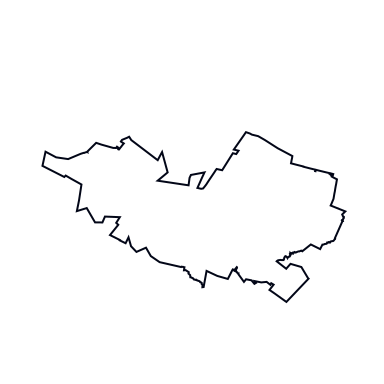 outline of Villa de Guadalupe, San Luis Potosí, Mexico, rotated 297°
{"feature_id": "50627088B59646352587230", "entity_name": "Villa de Guadalupe", "entity_type": "district", "adm_level": 2, "iso_a3": "MEX", "parent_name": "Mexico", "parent_adm1": "San Luis Potosí", "projection": "natural_earth1", "projection_center": [-100.683, 23.271], "detail": "fine", "context": "isolated", "style": "outline", "palette": "ink", "viewbox_px": 384, "rotation_deg": 297, "n_neighbors": 0, "source": "geoboundaries", "source_scale": "gbopen_adm2", "svg_char_len": 5106}
<svg xmlns="http://www.w3.org/2000/svg" viewBox="0 0 384 384"><g transform="rotate(297 192 192)"><path d="M270.4,217.0L269.8,212.9L265.9,212.4L248.8,210.0L249.9,214.7L249.2,214.6L248.0,214.5L246.7,214.3L245.9,214.2L245.1,210.8L225.1,209.0L223.7,203.5L221.9,203.2L219.7,203.0L210.9,201.9L207.2,201.5L205.1,201.3L204.7,201.2L203.5,201.0L200.2,200.3L199.0,198.7L198.1,195.0L205.9,194.6L209.8,194.4L213.3,194.3L214.9,194.2L215.1,194.2L206.7,183.3L203.5,183.4L196.4,185.9L187.2,158.4L186.5,156.3L198.4,161.4L214.0,147.2L210.7,147.1L204.8,147.0L205.2,144.7L210.7,114.3L212.2,111.8L212.7,110.9L211.0,109.7L206.7,106.0L204.7,105.7L204.6,106.0L204.4,108.3L204.3,109.2L203.5,109.0L203.0,108.9L201.3,108.5L200.3,108.4L199.6,108.2L199.3,108.1L198.6,108.0L198.1,107.9L197.7,107.8L197.3,107.8L196.7,107.6L196.6,106.9L197.0,106.7L197.2,105.9L198.1,105.9L198.3,104.6L197.6,104.5L196.7,104.3L196.1,103.0L195.5,101.8L193.6,92.3L193.1,89.8L192.3,84.3L180.8,80.5L180.7,80.6L180.2,80.4L180.1,80.5L180.1,80.4L179.8,80.3L179.7,80.1L179.5,79.7L179.1,79.3L178.4,78.6L177.8,78.1L177.7,77.7L175.4,75.4L165.1,66.7L161.2,55.2L161.4,43.2L147.4,46.9L147.4,51.5L147.4,71.4L149.3,72.0L148.9,79.1L148.9,79.3L148.5,90.1L133.4,95.1L122.7,98.1L129.9,105.5L120.9,119.4L124.2,126.0L130.6,125.6L136.8,139.1L130.1,138.5L129.3,141.2L116.4,138.5L116.5,149.6L116.1,149.6L116.2,156.1L122.8,156.0L116.0,162.3L113.4,169.7L121.5,176.3L116.2,184.4L114.8,195.0L117.5,205.7L120.2,216.4L120.8,216.7L120.9,217.3L121.3,218.2L121.2,218.7L121.5,219.4L118.6,220.4L119.5,221.8L119.1,225.5L117.7,225.9L117.1,228.1L115.3,229.2L115.6,229.8L115.4,230.4L115.5,230.7L115.6,231.1L115.5,231.7L115.6,232.2L115.3,232.8L115.0,233.1L114.9,233.4L115.1,234.0L115.3,235.1L115.7,235.4L115.5,235.8L115.5,236.5L115.8,237.0L115.6,237.8L115.9,238.7L115.9,239.4L115.6,240.2L115.4,240.3L115.6,241.0L115.4,241.5L115.4,241.9L114.7,242.2L114.4,242.4L114.3,243.2L114.1,243.5L113.4,243.9L113.0,243.9L112.4,244.3L111.9,244.5L112.6,245.5L128.3,240.8L128.7,252.6L130.8,263.4L141.0,263.4L141.6,263.5L141.6,263.8L141.4,263.9L141.4,264.0L141.4,264.3L141.5,264.4L141.4,264.6L141.2,265.1L145.4,266.0L145.3,266.3L144.2,266.6L142.3,266.2L142.2,266.5L141.1,266.3L141.1,266.5L141.1,266.9L141.7,267.0L140.9,268.3L140.8,268.6L140.7,268.8L140.6,269.0L140.8,269.2L140.7,269.4L140.6,269.5L140.4,269.8L140.3,270.0L140.2,270.1L140.1,270.4L140.2,270.5L139.9,270.6L139.5,271.3L135.5,279.1L138.3,279.7L138.8,279.8L140.3,285.1L138.5,289.3L140.1,290.3L141.1,288.4L142.9,294.8L145.8,299.3L144.9,304.0L146.7,304.0L146.5,306.8L139.9,305.5L139.2,310.9L136.9,326.0L167.7,335.2L167.9,334.5L174.8,323.5L172.7,312.4L166.9,310.9L166.4,310.8L168.7,298.9L169.3,299.1L169.5,299.3L170.0,299.5L170.3,300.0L170.5,300.1L170.8,300.4L170.9,300.6L171.2,301.1L171.5,301.4L171.6,301.6L171.7,301.8L171.9,302.4L172.0,302.7L172.2,303.2L172.4,303.5L172.6,303.9L172.8,304.3L173.2,304.1L173.5,304.3L173.7,304.5L175.6,304.0L177.2,304.3L177.2,304.5L177.2,304.8L177.3,305.0L177.2,305.1L177.1,305.3L177.1,305.5L177.1,305.8L177.2,306.0L177.1,306.4L177.0,306.5L176.9,306.6L176.7,306.8L176.5,307.1L176.9,307.1L177.0,307.1L177.3,307.2L177.5,307.2L177.6,307.3L178.1,307.7L178.5,308.0L178.9,308.0L179.1,308.3L179.5,308.1L179.8,308.3L180.1,308.4L180.4,308.4L180.6,308.3L180.7,308.0L181.1,308.1L181.2,307.9L181.2,307.7L181.3,307.6L181.5,307.3L181.8,307.4L182.1,307.3L182.0,307.5L182.1,307.9L182.6,308.1L182.7,308.3L182.5,308.5L182.8,308.9L182.7,309.1L183.0,309.2L183.1,309.3L183.1,309.7L183.3,309.6L183.7,309.4L184.0,309.5L184.0,309.8L184.2,310.0L184.3,310.1L184.3,310.3L184.5,310.3L184.8,310.5L185.0,310.6L184.9,310.9L185.1,311.8L185.4,311.8L185.6,312.2L187.4,313.8L187.7,314.5L189.2,315.8L189.3,316.0L189.1,316.1L189.4,316.8L189.3,317.2L199.2,321.7L199.3,332.1L204.3,332.1L204.4,332.5L205.1,333.3L205.7,333.6L207.0,335.4L208.3,335.4L208.3,335.8L208.5,335.9L208.7,336.0L208.8,336.1L208.9,336.3L209.0,336.4L209.1,336.5L209.4,336.5L209.5,336.7L209.4,336.9L209.3,337.0L209.5,337.2L209.5,337.3L209.5,337.6L209.8,337.7L209.9,337.8L209.9,338.0L210.5,338.0L210.7,337.9L210.9,338.0L211.2,338.4L211.3,338.5L211.6,338.9L211.9,339.2L212.2,339.8L212.4,340.0L213.0,340.3L214.7,340.6L215.0,340.8L215.5,340.7L215.7,340.3L234.1,339.3L234.3,339.0L234.6,339.5L235.1,338.9L235.2,339.2L235.5,339.2L236.0,339.0L236.3,338.9L236.8,338.9L237.1,338.8L237.1,339.0L237.3,339.1L238.0,339.0L238.3,338.8L238.8,338.6L239.0,337.4L240.2,336.0L244.3,337.4L242.9,321.7L245.0,321.6L250.1,321.2L253.0,320.3L255.2,319.6L257.4,319.0L259.5,318.3L262.4,317.4L264.6,316.8L266.8,316.1L269.1,315.4L269.1,311.7L269.2,308.5L269.1,308.4L269.6,308.7L270.1,309.1L270.3,308.9L270.7,309.0L270.8,309.1L271.0,309.9L272.1,309.7L271.6,307.3L271.4,307.4L271.3,307.5L270.7,308.3L270.2,308.1L270.2,307.8L270.6,307.6L270.8,307.6L270.7,307.3L270.7,307.2L270.6,306.6L271.4,306.6L270.6,303.4L269.6,299.2L268.7,295.4L268.0,292.2L266.6,292.6L266.5,292.2L267.9,291.8L267.3,289.4L266.5,286.0L265.9,283.3L265.1,279.8L265.3,279.7L263.6,272.2L262.5,267.2L263.9,266.8L265.9,266.2L267.8,265.7L269.6,265.1L269.9,248.5L271.4,233.3L271.8,225.6L270.3,219.3L270.4,217.0Z" fill="none" stroke="#020617" stroke-width="2"/></g></svg>